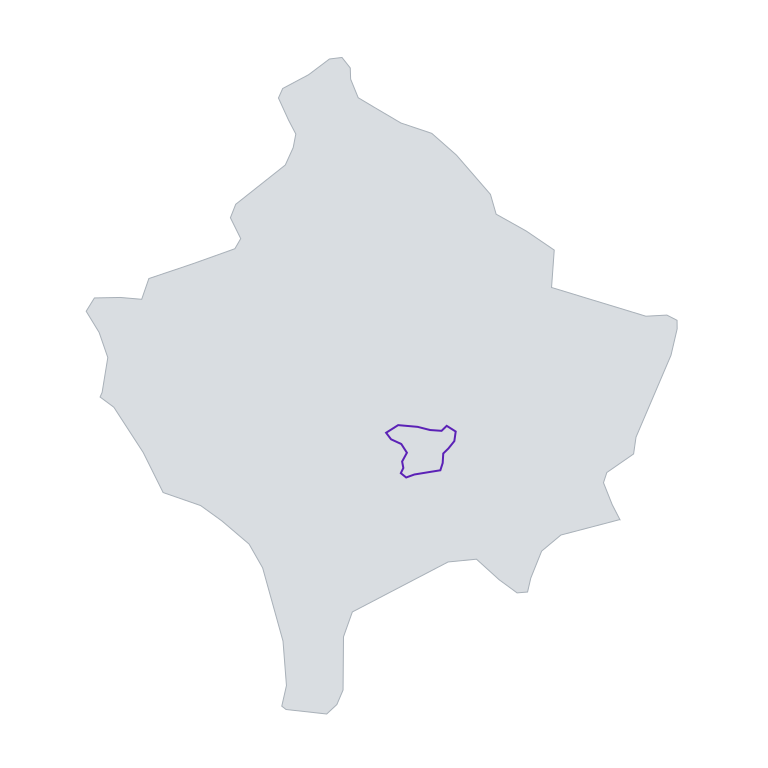 Štimlje on a map of Kosovo (Albers equal-area conic projection), rotated 358°
{"feature_id": "KOS-5912", "entity_name": "Štimlje", "entity_type": "District", "adm_level": 1, "iso_a3": "XKX", "parent_name": "Kosovo", "parent_adm1": "", "projection": "albers", "projection_center": [20.998, 42.412], "detail": "fine", "context": "in_parent", "style": "outline", "palette": "violet", "viewbox_px": 768, "rotation_deg": 358, "n_neighbors": 0, "source": "natural_earth", "source_scale": "10m", "svg_char_len": 1357}
<svg xmlns="http://www.w3.org/2000/svg" viewBox="0 0 768 768"><g transform="rotate(358 384 384)"><path d="M197.0,257.2L239.7,243.6L245.9,233.7L236.3,212.5L242.1,199.2L293.0,161.7L301.5,144.6L304.6,131.1L297.8,116.9L288.5,94.5L293.1,85.1L319.4,72.3L340.8,57.3L353.4,56.2L361.3,67.0L361.3,78.2L368.2,97.0L384.0,107.2L410.1,123.8L440.5,135.2L464.4,157.8L497.0,198.2L502.0,218.2L531.5,236.1L558.8,256.1L554.8,293.4L648.1,325.4L669.1,325.0L679.1,330.6L678.9,339.1L671.8,365.3L634.0,445.9L631.0,462.6L603.6,480.2L599.9,490.3L607.8,512.4L615.1,527.9L614.6,527.8L555.5,541.1L535.7,556.5L523.9,583.1L520.2,596.9L509.7,597.4L492.3,583.7L470.3,562.3L441.8,564.1L344.4,610.7L334.7,635.2L332.4,688.4L325.7,702.7L315.2,711.8L274.8,705.9L270.6,702.4L276.0,682.0L274.1,637.4L256.3,563.5L243.6,539.3L217.1,515.1L196.5,499.1L159.5,484.8L141.0,444.1L113.2,397.8L99.8,387.1L102.0,382.6L108.9,347.9L101.1,322.5L88.9,300.9L97.6,287.9L123.4,288.3L144.8,290.9L152.7,270.4L197.0,257.2Z" fill="#d9dde1" stroke="#a8b0b8" stroke-width="1"/><path d="M454.0,434.0L452.3,443.5L446.1,450.7L440.8,455.5L439.9,465.0L437.3,472.2L427.6,473.4L411.2,475.5L402.9,478.2L397.7,473.7L400.4,468.6L399.4,462.1L404.5,453.5L399.2,444.6L389.1,439.5L384.4,432.8L396.7,425.6L406.4,426.8L416.1,428.0L428.4,431.6L439.9,432.8L445.2,428.0L454.0,434.0Z" fill="none" stroke="#5b21b6" stroke-width="2"/></g></svg>